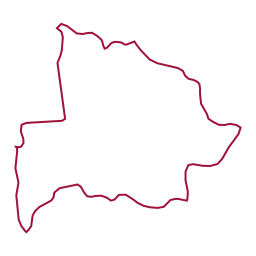 SVG path tracing the border of Sourou
{"feature_id": "BFA-2808", "entity_name": "Sourou", "entity_type": "Province", "adm_level": 1, "iso_a3": "BFA", "parent_name": "Burkina Faso", "parent_adm1": "", "projection": "orthographic", "projection_center": [-3.009, 13.252], "detail": "fine", "context": "isolated", "style": "outline", "palette": "rose", "viewbox_px": 256, "rotation_deg": 0, "n_neighbors": 0, "source": "natural_earth", "source_scale": "10m", "svg_char_len": 1406}
<svg xmlns="http://www.w3.org/2000/svg" viewBox="0 0 256 256"><path d="M125.3,44.7L126.9,44.4L134.4,41.5L134.8,42.0L136.2,44.3L140.8,50.3L149.8,59.6L157.2,63.2L177.7,68.0L182.9,70.9L185.1,75.7L188.6,78.8L193.4,79.9L197.5,81.9L199.4,84.1L200.1,89.1L200.0,93.2L201.0,103.6L206.9,114.0L208.4,118.7L213.1,121.9L218.9,124.8L224.7,125.0L229.9,123.8L236.4,125.0L240.6,127.6L238.5,134.0L228.8,147.3L222.2,158.8L217.5,164.0L210.0,166.0L202.9,165.8L193.2,164.2L188.4,165.1L185.6,171.3L185.5,179.9L187.7,190.9L187.8,194.1L187.3,199.0L186.8,200.7L179.3,199.1L176.0,198.8L170.5,200.0L163.8,206.8L157.7,207.9L150.2,207.3L143.5,205.8L137.7,202.9L132.7,199.1L125.7,194.7L118.9,194.9L114.5,199.6L111.0,200.6L106.5,197.5L101.2,195.7L96.3,195.9L91.2,196.8L87.2,196.3L83.9,192.2L80.8,186.7L77.5,184.5L59.6,188.2L54.3,192.6L53.5,197.4L51.3,200.5L39.2,207.1L34.8,211.5L32.6,215.7L31.2,226.1L28.2,230.3L26.3,232.1L24.9,230.7L21.5,226.2L18.7,219.7L16.3,195.3L18.5,182.6L15.4,168.2L17.1,151.7L17.1,148.5L16.0,146.8L18.7,147.2L21.3,146.5L23.5,142.9L23.3,138.9L20.8,131.2L21.6,124.8L26.4,122.9L62.1,120.8L65.1,118.8L57.5,63.0L60.7,54.8L61.9,49.5L62.8,37.1L61.4,31.7L56.9,28.2L61.2,23.9L67.0,26.0L76.7,33.4L82.7,34.0L87.5,33.0L92.1,32.8L97.5,36.1L101.4,39.8L102.4,41.9L103.1,45.2L104.6,48.6L107.1,47.7L110.9,43.5L113.4,42.2L115.1,41.8L120.4,42.3L122.2,43.0L123.8,44.0L125.3,44.7Z" fill="none" stroke="#9f1239" stroke-width="2"/></svg>